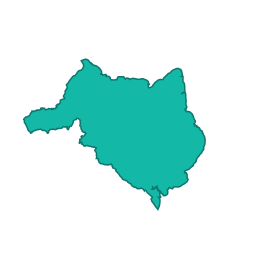 outline of Eton, Shefa, Vanuatu, rotated 320°
{"feature_id": "77236927B17135940935596", "entity_name": "Eton", "entity_type": "district", "adm_level": 2, "iso_a3": "VUT", "parent_name": "Vanuatu", "parent_adm1": "Shefa", "projection": "orthographic", "projection_center": [168.474, -17.706], "detail": "fine", "context": "isolated", "style": "filled", "palette": "teal", "viewbox_px": 256, "rotation_deg": 320, "n_neighbors": 0, "source": "geoboundaries", "source_scale": "gbopen_adm2", "svg_char_len": 5737}
<svg xmlns="http://www.w3.org/2000/svg" viewBox="0 0 256 256"><g transform="rotate(320 128 128)"><path d="M84.0,137.6L85.1,138.7L87.1,141.8L88.7,142.9L88.8,143.5L90.1,143.8L90.7,144.7L91.9,144.7L91.9,146.6L91.1,147.3L91.1,148.3L90.7,148.7L91.7,150.5L92.1,152.1L91.8,152.7L91.2,152.9L91.0,153.6L91.4,155.5L91.2,156.7L91.5,157.6L91.0,159.2L91.3,162.8L90.9,163.3L91.4,164.9L92.4,166.2L92.4,166.9L93.2,167.8L93.3,168.5L93.0,169.4L93.4,170.0L93.5,171.3L94.3,172.5L93.9,175.1L94.4,176.5L95.0,177.8L95.9,178.7L96.2,180.6L98.3,182.2L99.5,182.6L100.1,183.9L100.3,185.1L100.3,186.4L100.1,186.8L101.2,186.8L101.5,187.3L101.2,190.0L102.3,196.7L99.9,197.3L99.7,198.4L99.1,199.3L99.2,200.2L98.6,206.1L98.6,209.6L102.3,207.6L105.0,205.1L106.5,203.3L106.9,202.5L106.9,201.0L107.4,201.6L108.4,202.0L108.7,201.9L109.0,201.5L108.6,201.1L108.7,200.6L109.5,199.8L109.7,199.2L111.0,198.2L110.9,194.3L111.2,193.2L112.1,192.4L112.1,191.9L111.3,191.4L108.7,191.5L107.6,191.0L107.1,190.3L107.6,190.4L108.8,189.7L108.8,189.2L109.4,188.3L108.9,189.8L107.9,190.5L107.9,190.9L109.4,191.4L110.9,191.0L112.6,191.3L112.3,191.5L112.3,192.6L111.6,193.5L111.4,194.4L112.2,197.7L111.6,200.1L112.3,201.2L111.9,201.4L112.0,201.9L111.6,202.5L112.5,203.4L113.3,203.8L115.6,204.1L116.8,203.2L117.8,202.0L118.5,200.4L120.2,200.9L120.8,200.0L121.9,200.6L122.0,201.4L123.0,203.2L124.7,202.7L126.1,203.1L128.3,205.3L130.2,206.3L133.0,206.5L135.4,207.0L138.5,207.1L140.9,206.1L141.2,204.3L143.4,201.6L143.8,199.7L142.7,199.1L142.6,198.8L143.4,198.5L143.6,197.4L146.1,198.0L146.7,198.4L148.3,198.8L152.3,198.5L152.2,198.7L153.1,198.9L154.4,198.5L154.7,197.9L155.6,197.6L157.3,197.7L158.8,197.4L159.4,196.7L161.9,195.3L164.1,195.1L166.6,194.4L168.4,194.4L169.5,193.7L172.1,193.1L173.4,191.8L173.7,191.1L174.1,191.1L176.6,189.7L179.7,186.4L181.2,183.5L181.4,181.7L182.0,180.2L181.7,179.5L182.5,179.0L182.8,177.7L182.1,176.1L182.8,173.9L182.4,172.7L181.7,172.5L181.4,171.8L181.5,171.3L182.2,171.1L182.0,170.3L181.6,169.6L181.1,169.6L180.5,169.3L181.6,168.7L181.6,168.1L181.4,167.5L180.4,167.1L182.0,167.1L183.7,166.5L184.2,165.3L184.3,163.9L185.8,160.2L186.2,158.1L185.6,155.1L184.6,153.9L183.7,153.7L183.6,153.0L183.2,152.6L184.3,151.0L183.4,151.5L183.2,150.9L184.0,150.1L185.1,150.5L186.0,150.2L186.6,149.7L187.2,147.7L188.5,146.0L189.7,145.0L191.5,142.2L194.0,139.1L194.6,137.8L194.5,137.4L191.7,136.2L192.3,136.0L192.9,136.5L194.9,136.7L199.0,131.5L200.0,129.2L199.7,128.1L203.1,124.1L203.1,123.7L202.2,122.8L203.5,123.0L205.9,118.3L206.0,116.6L205.7,118.2L204.9,119.7L205.7,118.0L205.7,116.5L204.6,114.5L203.4,113.7L199.6,112.5L197.1,112.5L195.6,112.9L194.3,112.2L192.5,112.2L192.3,112.4L187.9,112.6L187.0,112.8L186.2,113.4L185.5,113.1L184.1,111.7L182.1,110.7L177.2,110.5L176.0,111.2L174.8,111.1L174.3,111.6L173.0,111.8L171.4,111.4L169.9,110.7L170.0,109.8L170.5,108.7L171.5,108.0L172.1,108.4L172.6,108.2L172.4,107.3L172.0,107.0L173.1,106.1L173.4,105.3L172.9,103.2L171.3,100.2L170.5,99.3L168.0,98.0L166.9,97.0L166.2,96.7L166.0,95.8L163.8,93.2L161.9,92.2L160.6,92.1L160.3,91.7L160.6,91.2L160.5,90.7L159.6,89.3L158.3,88.6L157.4,88.7L157.2,87.9L157.7,86.5L157.3,85.7L153.5,82.5L152.6,82.6L150.5,83.8L149.9,83.1L149.0,82.9L145.9,80.2L146.4,78.2L146.8,77.9L146.7,76.6L145.4,75.0L144.8,74.9L144.4,73.9L145.5,73.6L145.4,72.7L143.6,71.6L142.8,71.4L142.9,70.2L141.9,69.7L141.7,69.4L143.3,68.7L144.0,67.8L144.4,66.4L144.6,63.9L143.8,60.4L142.2,57.8L141.9,58.0L141.6,57.7L141.8,57.4L141.8,56.1L141.4,55.5L141.7,55.5L141.7,54.9L141.4,54.1L141.1,54.1L141.0,53.1L141.2,50.5L140.4,48.8L139.5,47.8L139.0,47.9L138.4,47.4L135.4,46.4L134.8,50.5L133.5,52.5L132.6,52.7L131.2,53.6L128.7,53.4L127.9,52.8L126.2,52.5L121.3,53.9L119.9,53.1L118.6,53.1L112.6,54.4L111.1,55.1L108.7,55.2L108.4,55.6L108.1,56.9L107.2,58.3L105.9,58.5L104.9,59.2L104.7,59.0L103.6,59.2L102.4,60.9L99.0,62.1L98.6,63.6L98.7,64.1L98.4,64.7L97.5,64.7L96.5,63.9L94.0,63.2L92.4,65.0L91.8,65.2L90.2,65.4L90.0,64.9L89.1,64.5L88.4,64.6L88.7,64.8L87.4,64.7L87.0,65.2L87.3,65.7L87.2,66.0L86.6,66.6L85.7,66.1L84.5,66.4L83.8,65.4L82.9,65.6L82.1,65.1L82.8,64.8L82.3,64.4L81.4,64.4L81.3,64.1L81.6,63.8L80.5,63.2L79.7,62.0L78.5,62.0L76.7,61.1L76.4,60.7L76.8,59.3L75.8,58.4L75.0,58.3L75.3,57.7L75.1,57.4L74.5,57.4L73.9,56.9L73.6,57.7L73.2,57.9L72.8,57.4L71.6,57.3L70.8,56.5L70.3,56.5L70.1,55.9L69.6,55.6L69.0,55.8L68.3,55.2L66.8,55.1L66.4,54.7L66.3,54.0L65.6,53.8L65.2,53.3L64.2,54.1L63.0,54.0L61.3,54.9L60.3,55.1L58.9,54.9L58.0,54.4L57.3,54.6L56.5,53.8L55.5,54.1L54.1,54.1L53.6,54.4L53.7,55.1L52.1,57.4L52.2,58.2L51.3,62.2L50.0,65.8L50.4,67.8L50.1,69.4L51.2,69.8L52.0,69.2L52.6,69.7L53.8,69.5L55.0,70.2L56.0,70.2L56.6,70.8L57.9,71.1L58.2,71.6L60.2,72.5L61.1,75.1L62.3,76.1L63.3,77.8L63.0,80.3L64.0,80.6L65.2,79.2L65.8,79.4L67.0,78.9L70.2,81.1L71.3,82.6L72.1,82.9L73.2,82.6L73.7,83.5L74.4,83.6L76.2,85.0L77.5,85.6L79.3,85.3L79.8,86.2L81.2,87.5L82.4,87.7L82.5,87.9L81.0,89.2L80.8,89.8L81.1,90.8L81.7,90.7L82.1,90.1L83.2,90.0L84.4,89.3L85.6,90.1L86.3,90.0L89.0,88.9L91.0,87.3L92.7,87.6L93.8,88.2L94.6,87.6L95.1,87.6L96.3,89.7L96.3,91.6L95.9,91.7L94.2,94.1L92.6,95.3L92.6,97.1L91.4,98.6L91.4,99.9L90.7,101.1L91.1,102.1L91.2,102.9L92.2,103.4L92.2,105.1L91.2,105.1L90.5,105.6L89.1,105.8L88.4,105.7L87.8,104.5L86.7,104.3L86.4,104.6L86.3,106.0L86.1,106.2L84.9,106.2L83.7,105.7L83.2,106.2L83.1,106.9L82.4,107.4L81.7,107.5L81.0,108.4L81.3,108.8L82.4,108.6L83.3,108.9L83.3,109.5L82.2,110.5L82.8,111.2L82.8,113.7L83.5,113.9L83.6,114.4L85.3,114.9L85.6,115.6L86.1,115.9L86.6,117.1L87.8,118.3L88.2,119.4L88.8,119.7L89.1,120.5L90.1,121.0L90.4,122.5L90.8,122.8L90.2,123.4L89.2,123.3L88.1,123.9L88.0,125.9L87.6,127.2L85.8,129.1L85.5,130.3L84.1,131.0L84.8,131.7L85.4,132.8L84.6,133.6L83.8,135.5L84.0,137.6Z" fill="#14b8a6" stroke="#0f766e" stroke-width="1.5"/></g></svg>